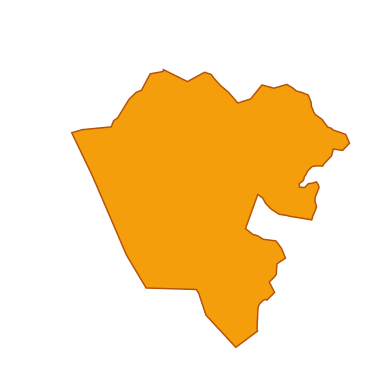 Boki, Cross River, Nigeria, rotated 109°
{"feature_id": "59680162B37931278966472", "entity_name": "Boki", "entity_type": "district", "adm_level": 2, "iso_a3": "NGA", "parent_name": "Nigeria", "parent_adm1": "Cross River", "projection": "orthographic", "projection_center": [8.95, 6.249], "detail": "fine", "context": "isolated", "style": "filled", "palette": "amber", "viewbox_px": 384, "rotation_deg": 109, "n_neighbors": 0, "source": "geoboundaries", "source_scale": "gbopen_adm2", "svg_char_len": 1422}
<svg xmlns="http://www.w3.org/2000/svg" viewBox="0 0 384 384"><g transform="rotate(109 192 192)"><path d="M93.9,270.0L112.2,272.9L116.1,277.3L125.1,281.8L146.0,286.4L150.1,289.3L156.7,289.6L168.8,316.1L175.1,325.0L178.8,321.4L208.9,291.7L230.6,271.9L271.8,234.5L272.8,233.6L297.7,204.1L282.8,156.3L285.4,152.8L303.9,138.7L324.6,100.0L302.1,84.7L300.9,85.7L295.8,87.3L280.4,91.8L276.4,91.9L271.5,89.6L269.6,87.7L269.9,86.0L260.1,81.2L252.0,89.6L251.9,89.6L246.1,86.7L242.4,85.5L232.3,88.3L224.1,82.1L216.3,88.9L216.2,89.0L211.1,96.4L211.0,97.2L213.5,109.1L212.0,116.0L212.3,120.8L209.2,129.5L173.0,129.0L174.6,123.3L178.8,118.7L182.4,111.7L184.7,102.4L183.3,94.5L183.1,91.3L182.4,87.5L182.5,88.2L179.4,69.7L175.6,69.9L167.5,69.4L165.3,69.4L161.2,72.5L157.3,73.8L146.7,73.3L144.7,74.3L141.9,77.6L144.7,81.5L146.2,84.6L151.2,87.0L152.4,92.0L149.2,93.3L144.7,90.4L141.0,90.7L138.8,90.1L134.2,89.4L128.7,86.6L127.4,83.8L127.0,83.6L124.9,76.8L122.6,76.4L112.3,71.8L105.4,72.4L103.6,63.2L102.5,62.6L94.6,59.0L87.5,65.4L87.4,78.9L86.4,80.9L86.4,84.7L84.8,87.2L81.0,92.6L79.0,99.4L79.0,100.0L78.7,100.6L76.8,102.9L74.5,104.8L72.4,106.8L69.4,108.3L68.6,108.4L62.5,113.7L62.1,120.9L62.5,126.3L61.0,130.1L59.4,137.4L67.2,148.4L68.0,160.7L85.0,166.9L92.9,177.7L86.0,189.7L82.0,199.8L77.0,208.9L74.6,212.1L74.7,219.1L89.1,232.3L85.6,258.9L87.5,258.6L93.9,270.0L93.9,270.0Z" fill="#f59e0b" stroke="#b45309" stroke-width="1.5"/></g></svg>